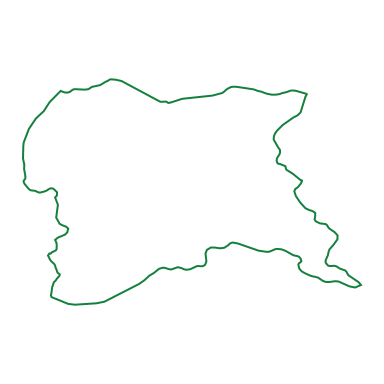 Rôtânôkiri, Albers equal-area conic projection, rotated 90°
{"feature_id": "KHM-1795", "entity_name": "Rôtânôkiri", "entity_type": "Province", "adm_level": 1, "iso_a3": "KHM", "parent_name": "Cambodia", "parent_adm1": "", "projection": "albers", "projection_center": [107.133, 13.934], "detail": "fine", "context": "isolated", "style": "outline", "palette": "green", "viewbox_px": 384, "rotation_deg": 90, "n_neighbors": 0, "source": "natural_earth", "source_scale": "10m", "svg_char_len": 3440}
<svg xmlns="http://www.w3.org/2000/svg" viewBox="0 0 384 384"><g transform="rotate(90 192 192)"><path d="M285.0,23.0L287.5,28.9L286.4,34.4L281.5,45.5L281.2,48.9L282.1,55.4L281.8,58.9L280.7,61.4L277.7,65.8L276.8,68.8L276.6,70.4L275.8,73.4L273.2,79.1L271.3,82.4L268.6,84.7L264.5,85.7L263.2,85.0L262.4,83.6L261.1,82.6L258.4,83.5L256.7,85.1L256.0,86.9L255.7,88.9L255.1,90.9L250.8,98.6L249.3,102.6L248.9,107.1L249.3,109.1L251.2,113.3L251.8,115.5L251.8,117.6L250.7,125.3L243.5,146.1L242.5,151.4L243.4,153.9L245.4,156.0L247.8,159.8L248.3,164.1L247.6,168.7L247.5,173.1L249.9,177.1L253.5,178.5L261.5,177.6L264.8,178.9L266.1,181.0L266.3,183.2L266.0,185.3L266.2,187.3L269.2,193.7L269.4,194.8L269.8,197.5L269.3,200.0L268.1,202.5L267.2,206.2L269.5,212.9L269.2,214.8L267.8,219.5L267.8,221.8L268.9,225.1L272.9,230.0L274.9,233.3L275.4,234.3L280.3,239.7L284.0,245.0L301.7,279.6L303.3,287.6L304.7,309.1L303.9,315.8L297.1,332.5L295.1,333.1L293.3,332.6L287.4,331.9L286.2,331.5L285.4,331.1L283.2,330.5L282.4,330.2L281.9,329.8L281.0,328.8L280.1,328.0L278.5,327.0L276.4,325.0L275.2,324.3L274.5,324.3L273.9,324.6L273.3,325.8L272.7,326.3L271.9,326.8L269.3,327.6L267.9,328.3L265.3,329.0L264.6,329.4L264.1,329.7L263.2,330.6L262.0,332.0L260.6,333.3L259.6,334.0L255.5,336.0L253.5,334.6L253.6,333.3L252.5,332.4L250.4,328.3L249.3,327.4L244.3,327.3L242.1,327.8L239.9,328.9L237.6,326.1L234.7,319.1L232.5,316.8L228.6,315.8L226.7,317.8L225.5,321.1L223.8,324.4L217.6,327.8L204.8,326.1L197.4,328.9L195.6,327.1L193.0,327.0L192.4,327.0L192.0,327.2L189.1,330.2L188.7,330.8L188.5,331.5L188.3,332.3L188.3,333.1L188.8,334.6L189.5,335.8L190.3,336.9L191.0,338.3L191.3,339.0L192.2,342.2L192.2,342.4L192.5,343.6L192.5,344.5L192.4,345.4L192.1,346.1L191.8,346.9L191.1,348.1L190.8,349.1L190.3,353.3L189.9,354.0L189.5,354.6L188.5,355.6L184.0,359.4L182.5,360.1L181.4,360.4L180.6,360.2L180.0,359.8L179.5,359.3L179.0,358.9L178.2,358.6L175.0,358.8L169.6,359.8L168.2,359.9L167.3,359.8L164.8,359.7L158.4,361.0L155.0,360.9L146.1,360.7L142.5,360.3L128.9,355.1L118.5,348.1L111.1,340.2L102.9,334.9L101.5,333.8L90.9,323.3L92.4,319.7L92.6,317.1L92.5,316.1L92.2,315.2L92.0,314.4L91.6,313.8L90.3,312.1L89.3,310.4L89.2,308.3L89.6,300.1L89.5,297.7L89.1,295.4L86.9,292.1L85.1,283.8L81.6,278.1L81.0,276.4L80.1,275.1L79.3,273.6L79.7,268.4L81.0,262.5L101.4,224.4L101.8,223.0L101.6,217.8L103.0,215.7L102.4,212.9L98.8,201.8L95.6,171.6L93.0,161.8L91.6,159.8L89.8,157.9L88.4,155.8L87.0,152.9L86.7,150.2L86.8,147.5L89.3,130.8L89.7,129.3L91.0,126.0L91.5,123.3L93.7,117.2L94.7,112.2L94.7,108.3L94.1,104.5L93.0,101.5L92.2,97.8L90.5,92.9L90.5,90.8L90.8,88.2L93.4,79.0L93.8,77.9L94.2,77.2L96.9,78.6L112.3,83.4L113.2,84.2L114.9,85.9L115.8,87.3L117.5,90.6L124.9,101.2L130.5,106.8L133.5,109.0L136.4,110.1L139.6,110.3L147.8,105.6L148.8,104.7L150.1,104.0L152.3,103.9L154.3,104.5L158.2,107.0L160.4,107.4L163.0,106.7L163.8,105.6L163.9,104.2L166.2,98.6L168.9,98.0L169.8,97.5L173.9,91.0L180.2,83.3L180.3,82.2L181.0,82.0L183.6,83.2L187.1,86.0L188.9,88.6L191.2,89.7L195.9,88.2L202.4,83.9L208.2,78.6L209.9,75.2L211.1,71.4L212.9,68.8L216.0,68.8L219.4,69.4L221.2,68.4L223.4,64.0L223.9,59.6L224.2,58.1L225.0,57.1L227.5,55.6L228.6,54.6L232.3,49.2L235.5,46.4L239.4,46.6L245.2,50.8L249.2,54.4L251.3,55.3L255.2,56.1L260.2,58.3L262.6,58.4L265.4,56.2L266.0,54.5L266.0,52.6L265.8,50.8L265.9,49.0L266.5,47.3L268.0,45.1L268.7,43.9L270.4,38.9L271.8,37.5L275.1,35.8L282.1,25.5L285.0,23.0Z" fill="none" stroke="#15803d" stroke-width="2"/></g></svg>